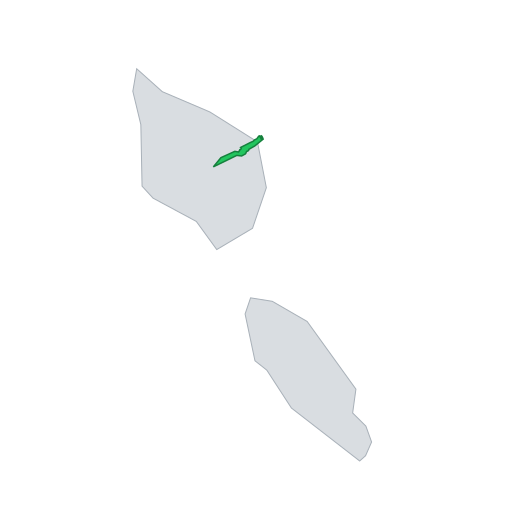 Gagaemauga II, Gaga'emauga, Samoa (highlighted), rotated 38°
{"feature_id": "51752279B40413162878901", "entity_name": "Gagaemauga II", "entity_type": "district", "adm_level": 2, "iso_a3": "WSM", "parent_name": "Samoa", "parent_adm1": "Gaga'emauga", "projection": "mercator", "projection_center": [-172.342, -13.526], "detail": "fine", "context": "in_parent", "style": "filled", "palette": "green", "viewbox_px": 512, "rotation_deg": 38, "n_neighbors": 0, "source": "geoboundaries", "source_scale": "gbopen_adm2", "svg_char_len": 2053}
<svg xmlns="http://www.w3.org/2000/svg" viewBox="0 0 512 512"><g transform="rotate(38 256 256)"><path d="M186.9,165.2L222.1,195.8L236.2,236.3L221.1,275.1L187.7,265.5L139.3,273.8L123.2,271.1L84.4,223.4L57.5,202.0L46.7,181.9L81.0,184.2L131.0,170.9L186.9,165.2ZM463.9,353.7L377.5,354.0L334.8,339.3L319.7,339.2L283.1,308.4L277.5,292.3L296.7,281.7L336.6,276.1L416.7,299.4L428.8,320.2L447.3,322.4L461.6,331.4L465.3,345.9L463.9,353.7Z" fill="#d9dde1" stroke="#a8b0b8" stroke-width="1"/><path d="M189.7,159.5L189.2,159.2L188.8,158.9L188.5,158.8L188.2,158.6L187.8,158.4L187.6,158.3L187.3,158.2L187.0,158.1L186.8,158.0L186.5,158.0L186.3,158.0L186.2,158.0L186.1,158.3L186.0,158.5L185.9,158.6L186.1,158.6L186.2,158.3L186.3,158.2L186.7,158.2L186.9,158.4L187.0,158.3L187.5,158.5L188.0,158.7L188.1,158.8L188.2,159.0L188.3,159.1L188.6,159.1L188.8,159.4L189.1,159.4L189.2,159.5L188.9,159.9L188.9,160.0L188.6,160.0L188.4,160.2L188.3,160.3L188.2,160.4L187.9,160.5L187.9,160.4L188.0,160.2L187.9,160.1L187.7,160.0L187.4,160.0L187.3,159.9L187.1,159.8L186.8,159.7L186.7,159.7L186.7,159.8L186.5,159.7L186.3,159.8L186.1,159.7L185.9,159.6L185.6,159.5L185.4,159.5L185.3,159.4L185.2,159.2L184.9,159.1L184.4,159.8L184.4,160.2L184.4,161.0L184.5,163.1L183.5,165.1L183.3,165.7L183.3,166.1L183.2,166.7L183.2,166.9L183.1,167.3L183.0,167.7L182.8,168.0L182.5,168.5L182.2,169.1L181.7,170.0L177.1,179.8L177.3,179.8L177.5,179.8L177.8,180.0L177.9,180.3L178.2,180.5L178.2,180.8L178.3,181.2L178.3,181.4L178.2,181.6L177.8,182.1L177.8,182.4L177.9,182.5L178.0,182.6L178.1,182.8L178.2,183.0L178.2,183.4L178.0,183.9L178.1,184.2L178.1,184.4L178.2,184.6L178.2,184.8L175.0,186.5L174.7,186.8L174.7,187.0L174.4,187.4L174.4,187.5L167.8,200.1L167.5,212.0L178.9,188.6L183.1,186.0L184.8,182.0L184.8,181.5L184.7,181.3L184.6,181.0L184.5,180.7L184.4,180.3L184.3,179.8L184.3,179.2L184.4,178.9L184.7,178.7L184.8,178.6L184.9,178.4L185.0,178.2L185.0,177.8L185.0,177.7L185.1,177.0L185.0,176.8L184.9,176.7L184.7,176.4L187.3,170.0L188.7,163.8L189.7,159.5Z" fill="#22c55e" stroke="#15803d" stroke-width="1.5"/></g></svg>